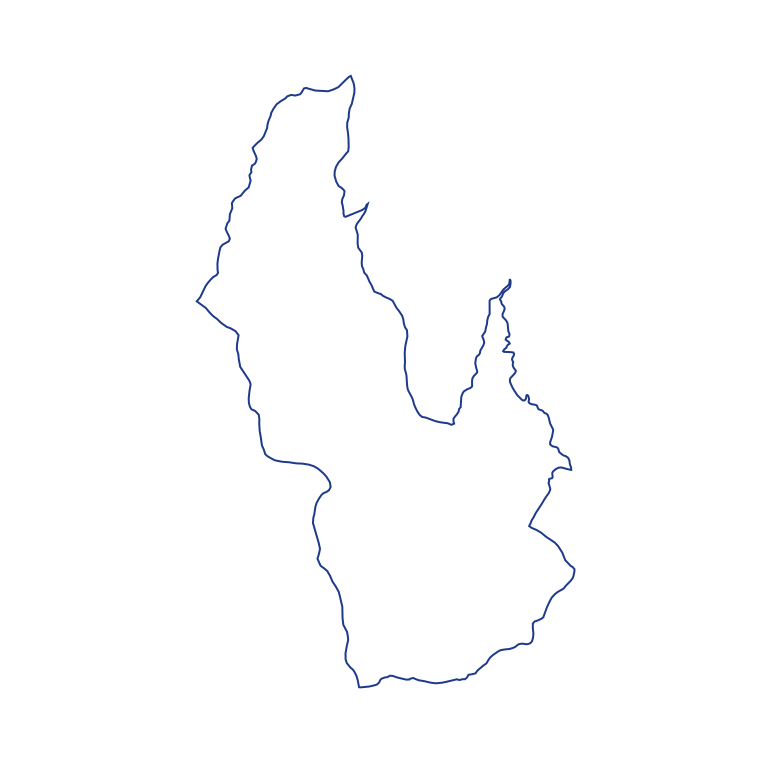 Jordán Sube, Santander, Colombia, rotated 253°
{"feature_id": "7082276B50890297817335", "entity_name": "Jordán Sube", "entity_type": "district", "adm_level": 2, "iso_a3": "COL", "parent_name": "Colombia", "parent_adm1": "Santander", "projection": "robinson", "projection_center": [-73.096, 6.712], "detail": "fine", "context": "isolated", "style": "outline", "palette": "blue", "viewbox_px": 768, "rotation_deg": 253, "n_neighbors": 0, "source": "geoboundaries", "source_scale": "gbopen_adm2", "svg_char_len": 6122}
<svg xmlns="http://www.w3.org/2000/svg" viewBox="0 0 768 768"><g transform="rotate(253 384 384)"><path d="M517.8,229.1L508.7,235.9L503.9,237.9L499.4,240.1L494.8,243.5L490.2,246.0L484.7,250.2L481.9,253.8L478.0,257.4L473.1,259.2L465.3,255.2L460.2,253.4L455.1,253.4L450.3,252.4L442.5,251.5L426.5,256.2L422.8,256.4L416.6,253.3L409.8,250.4L405.6,249.3L401.6,249.1L398.6,249.8L395.9,252.9L391.3,255.2L387.1,254.6L382.2,253.0L375.5,251.4L369.1,250.6L361.0,249.3L356.2,249.9L351.7,249.9L349.2,251.3L346.0,254.2L342.9,257.4L339.4,263.9L337.0,270.1L333.8,276.8L331.7,282.7L328.8,288.7L325.6,293.2L321.8,296.5L316.7,299.7L312.1,301.9L306.0,303.5L301.2,302.9L298.5,300.4L297.6,297.5L297.3,294.3L296.3,291.9L293.4,288.3L289.8,284.6L286.6,282.5L279.7,279.2L276.9,277.4L271.8,275.4L250.9,275.1L245.0,274.6L240.2,271.9L236.4,269.3L228.7,270.2L225.4,272.7L221.7,275.1L216.4,276.3L210.0,277.0L204.3,278.7L198.7,279.9L194.7,279.8L183.1,279.0L172.2,275.9L165.5,274.7L157.6,276.2L153.0,275.6L149.7,274.9L144.6,272.0L137.8,268.5L132.0,266.8L128.1,266.8L122.7,269.0L119.9,270.8L116.7,271.7L112.9,272.3L108.9,272.3L101.3,271.5L100.8,272.7L99.0,281.4L98.6,287.8L98.7,289.5L100.0,292.1L101.9,293.7L102.9,295.5L103.1,298.7L102.7,301.7L103.3,304.4L102.2,307.2L99.8,310.3L94.8,318.8L94.0,321.8L94.5,322.6L94.3,326.1L92.5,328.0L90.5,330.7L88.0,335.7L84.9,341.0L82.6,346.1L81.4,352.0L81.0,356.0L80.3,367.3L78.8,369.7L78.8,372.6L78.0,375.2L79.2,377.8L81.2,379.7L80.8,382.7L80.5,386.8L82.7,389.7L85.6,396.4L86.9,400.3L89.4,403.0L91.5,405.7L93.0,409.0L94.8,414.7L95.4,417.5L94.8,422.2L93.9,426.6L93.9,429.9L94.2,432.6L95.7,436.3L95.7,438.1L95.1,440.8L93.4,444.3L93.2,446.8L93.5,448.5L94.8,450.4L97.4,452.1L99.8,453.2L102.2,454.1L106.9,454.9L111.4,456.3L112.9,458.7L112.9,461.8L113.5,466.0L114.3,468.1L122.9,474.6L127.7,478.9L130.7,482.0L133.2,486.2L134.4,489.6L135.8,495.9L137.9,498.9L141.0,504.6L143.1,507.6L145.2,509.2L149.3,511.4L151.2,512.0L154.0,510.8L155.3,509.4L162.6,505.8L170.6,505.2L178.1,503.1L182.5,500.9L190.4,494.4L196.0,490.7L199.9,487.1L203.0,483.4L205.6,481.3L206.4,481.8L207.7,483.3L210.3,485.2L212.7,488.0L216.5,491.7L222.7,499.2L227.6,504.6L231.8,510.0L234.1,511.9L235.3,512.4L241.3,512.4L241.7,512.9L243.0,513.6L244.7,513.9L244.9,514.9L244.8,517.2L245.7,518.1L249.5,518.8L250.7,519.8L251.5,521.2L252.5,523.8L252.9,526.8L252.3,529.3L249.0,534.5L247.1,537.9L249.6,538.5L252.7,538.3L256.6,538.9L259.2,538.6L260.3,538.0L262.0,536.5L263.2,534.8L264.5,533.7L266.6,532.3L267.9,531.6L270.8,531.7L272.0,531.4L273.1,530.5L275.0,527.2L276.5,525.9L277.7,525.2L279.8,525.9L284.5,529.3L290.5,532.4L291.9,532.3L297.7,531.3L303.8,531.7L306.5,531.5L308.1,530.7L309.0,529.4L309.9,528.7L311.4,528.2L312.4,527.5L314.2,525.0L314.8,524.4L316.9,524.0L318.2,524.1L319.3,523.4L320.3,521.8L321.1,520.0L322.0,518.7L323.0,517.6L324.0,517.1L324.8,517.1L326.9,518.2L328.3,518.5L330.7,518.4L331.6,517.8L331.5,516.9L328.5,515.5L327.5,514.2L327.3,513.0L327.9,511.8L328.9,511.1L334.3,508.2L340.5,506.4L344.4,505.6L349.2,505.1L351.5,505.7L352.7,506.7L356.0,512.3L357.2,513.5L358.3,513.9L361.8,512.7L363.7,512.5L365.8,513.1L367.2,514.0L368.4,513.7L370.2,513.6L371.9,514.8L373.1,516.2L374.8,517.3L376.4,516.8L377.6,514.1L379.6,508.2L380.6,507.5L381.9,509.1L383.0,511.7L384.4,512.7L385.4,514.2L385.8,516.0L387.5,515.8L390.8,513.3L392.0,513.9L392.9,515.3L392.8,517.4L394.3,518.4L395.9,518.6L398.1,518.3L405.7,519.9L407.8,519.7L409.4,519.2L413.6,517.1L416.2,517.8L418.4,519.8L420.6,521.4L422.9,521.5L425.8,520.1L427.5,520.0L428.9,520.2L431.0,519.6L431.8,520.2L432.6,521.6L433.8,522.9L435.7,524.3L437.2,526.4L438.3,530.1L439.9,532.8L442.8,534.3L445.6,535.2L447.6,535.0L443.4,533.2L441.9,531.5L440.3,527.7L439.3,525.6L435.3,520.5L433.9,517.2L434.0,511.0L432.7,509.3L420.1,505.5L417.7,503.2L414.7,501.4L411.1,499.9L408.0,497.9L404.5,496.1L401.2,491.9L397.0,492.2L394.4,492.0L392.0,490.4L387.8,485.9L385.4,484.7L384.1,483.3L383.3,481.0L381.6,479.4L377.0,477.3L372.4,476.9L369.3,476.9L367.8,476.5L365.3,472.1L363.4,470.1L360.9,469.0L356.0,467.6L354.9,465.5L354.7,462.3L353.7,458.5L352.7,457.0L349.2,454.2L339.4,450.5L338.2,448.6L335.7,447.2L333.7,444.9L332.0,442.2L330.5,440.3L327.9,439.5L325.6,439.5L325.3,436.5L327.8,433.5L331.1,426.3L333.5,422.2L339.7,414.1L341.3,410.9L344.1,409.0L348.2,407.8L352.4,407.1L355.9,406.8L360.4,407.0L363.4,406.7L369.9,405.4L372.5,405.2L376.0,405.7L384.8,407.8L386.7,408.1L392.2,408.3L395.3,409.1L398.8,410.5L407.4,412.8L414.1,415.5L422.7,420.3L428.8,421.7L431.9,420.7L436.0,420.7L440.7,421.4L444.0,421.3L449.4,419.7L453.3,418.2L461.0,416.6L463.6,414.4L466.4,411.0L468.7,408.7L470.8,407.4L473.2,404.1L475.4,401.7L482.4,400.9L485.8,400.1L492.7,399.3L496.4,397.6L499.3,397.8L503.0,397.4L506.5,398.1L512.9,400.7L516.1,401.2L521.9,399.2L525.9,399.8L534.6,402.6L541.9,402.6L543.4,403.5L545.2,405.1L548.8,410.1L550.8,412.2L552.5,414.5L554.7,416.8L561.0,421.1L560.5,419.8L557.9,417.6L556.8,414.2L555.1,396.0L556.3,394.9L558.9,395.1L561.0,395.8L567.3,396.7L569.8,396.7L572.8,398.0L576.0,400.8L579.8,402.6L581.6,402.1L584.0,400.7L586.6,398.5L591.5,397.5L597.6,397.6L601.7,399.0L605.8,401.7L609.3,405.5L611.9,410.0L615.6,415.4L616.9,417.7L620.9,419.5L629.1,421.8L634.3,422.9L640.2,423.8L644.8,425.3L648.8,428.0L653.0,429.5L657.3,431.6L661.3,435.1L671.0,440.7L675.3,442.2L680.2,442.9L688.3,442.3L688.0,440.4L686.1,436.4L681.2,427.1L680.4,421.3L680.3,416.1L684.8,403.9L690.0,395.9L690.0,393.8L687.1,390.6L685.6,388.6L685.8,383.6L687.6,379.6L687.4,375.7L685.8,372.7L684.7,368.1L682.9,363.1L679.7,359.0L676.1,355.3L673.6,354.0L669.7,350.7L666.4,348.6L662.9,347.0L656.2,341.6L653.6,338.2L651.7,333.7L649.9,330.2L648.2,327.4L645.5,327.4L639.4,328.2L636.4,328.1L633.8,326.4L632.3,324.7L631.4,321.6L628.0,319.6L625.3,319.1L623.1,316.4L620.4,316.0L617.6,316.0L611.6,312.1L609.6,307.5L605.9,302.0L605.1,296.1L603.0,293.1L601.4,291.4L596.4,290.3L591.5,286.3L585.4,283.9L583.4,281.1L578.8,277.9L575.8,278.1L571.3,278.9L568.0,279.1L565.9,277.3L564.3,270.2L562.6,267.6L559.5,265.7L552.3,261.9L547.8,259.9L541.8,258.2L538.8,257.8L537.0,255.5L536.3,252.1L534.4,248.6L532.1,245.0L529.9,242.1L520.7,233.6L517.8,229.1Z" fill="none" stroke="#1e3a8a" stroke-width="2"/></g></svg>